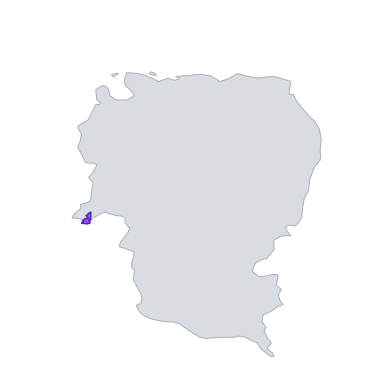 location of Bavet, Svay Rieng, Cambodia, rotated 108°
{"feature_id": "14789045B60097519425510", "entity_name": "Bavet", "entity_type": "district", "adm_level": 2, "iso_a3": "KHM", "parent_name": "Cambodia", "parent_adm1": "Svay Rieng", "projection": "natural_earth1", "projection_center": [106.09, 11.037], "detail": "fine", "context": "in_parent", "style": "filled", "palette": "violet", "viewbox_px": 384, "rotation_deg": 108, "n_neighbors": 0, "source": "geoboundaries", "source_scale": "gbopen_adm2", "svg_char_len": 4898}
<svg xmlns="http://www.w3.org/2000/svg" viewBox="0 0 384 384"><g transform="rotate(108 192 192)"><path d="M323.2,63.1L324.0,66.4L321.9,72.6L319.6,78.3L315.3,83.3L315.1,86.9L313.6,97.8L314.2,101.3L315.2,104.3L316.6,105.8L320.4,116.5L323.8,126.2L327.2,134.2L327.8,139.2L324.7,152.0L321.1,163.7L321.4,169.5L323.0,175.4L324.6,183.2L325.3,193.1L324.4,199.6L322.8,203.7L319.7,207.8L317.0,209.9L313.7,206.4L311.1,206.3L307.6,207.3L304.9,208.9L299.3,215.0L293.2,220.9L284.6,222.4L281.3,226.8L277.7,227.4L271.0,227.6L266.6,228.7L266.8,230.9L266.4,241.3L266.5,243.7L265.8,244.4L262.8,244.7L257.6,243.1L250.6,240.5L245.6,240.1L243.0,244.6L241.5,246.4L239.6,246.7L237.6,247.5L237.0,249.5L236.8,252.0L237.8,256.4L238.1,263.2L237.9,267.9L239.7,270.9L250.4,280.9L253.6,283.4L253.9,284.9L252.0,290.3L253.7,297.9L250.4,297.8L244.8,294.5L242.1,292.5L238.8,294.1L237.7,293.8L235.5,290.0L232.7,286.2L229.7,286.0L223.5,287.5L217.1,288.5L214.7,288.5L213.7,289.2L210.0,294.9L208.4,293.9L202.0,291.8L196.1,290.9L194.9,292.4L195.6,297.0L196.9,301.6L196.1,303.5L192.9,305.9L188.6,310.2L186.0,313.5L184.2,314.4L177.7,314.2L171.3,314.7L168.7,317.8L166.2,320.3L164.1,320.9L155.7,313.1L138.9,310.4L137.1,307.0L135.5,306.3L134.0,310.8L124.8,315.1L120.9,312.5L118.1,309.3L118.5,305.5L121.2,302.3L125.8,300.1L127.9,292.2L124.4,282.1L121.4,279.1L118.2,276.8L114.8,280.6L111.9,287.0L108.9,290.3L104.7,291.0L98.6,290.8L96.2,281.2L95.4,272.9L96.3,263.5L97.3,257.9L91.4,250.3L91.1,242.9L88.2,239.2L87.4,241.1L87.4,243.2L86.6,241.7L77.4,220.2L75.8,210.2L77.5,202.5L78.4,200.0L75.7,195.9L72.0,191.3L65.3,185.3L64.9,175.8L63.4,164.6L61.4,160.8L58.4,153.9L56.7,148.2L56.2,133.1L57.1,131.8L61.8,131.4L67.9,130.3L68.9,127.9L67.8,125.9L71.7,122.4L77.3,114.9L81.7,107.1L84.8,102.1L86.7,97.2L92.9,90.3L101.6,85.4L107.4,84.3L113.5,82.7L119.4,80.3L122.2,80.1L129.4,82.9L133.3,83.7L137.5,83.6L141.7,83.9L145.5,83.6L154.4,81.7L163.8,83.2L172.2,82.0L182.6,79.7L187.8,81.2L192.4,83.4L193.1,88.0L194.1,90.1L195.7,91.8L197.8,91.8L200.4,88.5L202.7,85.2L203.4,84.6L203.5,86.3L204.6,89.8L206.6,93.4L208.6,95.7L211.9,98.8L214.1,99.0L221.2,96.0L231.9,100.3L233.2,102.5L236.6,106.8L240.4,110.0L248.7,110.2L251.7,102.5L250.2,97.8L245.5,89.6L244.2,84.8L245.7,84.0L253.8,83.1L255.1,82.1L256.9,76.8L259.0,77.4L263.5,78.1L268.2,74.5L271.0,70.7L272.5,72.4L274.2,75.1L276.0,76.6L279.4,78.9L283.2,82.1L285.5,85.3L287.4,86.5L292.1,85.6L293.4,85.8L296.2,81.9L298.1,79.8L299.8,80.4L302.2,80.4L307.2,75.5L310.0,71.0L311.6,69.8L316.1,72.1L317.9,71.6L320.4,65.5L323.2,63.1ZM93.1,268.5L92.2,269.1L91.3,269.0L90.4,268.2L90.5,264.7L91.2,262.6L92.7,262.2L93.1,268.5ZM107.0,302.5L105.2,304.8L102.2,300.0L102.2,298.7L107.0,302.5Z" fill="#d9dde1" stroke="#a8b0b8" stroke-width="1"/><path d="M253.2,286.6L253.3,286.7L253.3,286.8L253.5,286.9L253.8,286.9L254.0,286.9L254.2,287.0L254.3,287.0L254.5,287.1L254.8,287.2L255.0,287.3L255.3,287.3L255.4,287.2L255.5,287.2L255.8,287.1L255.9,286.9L255.8,286.7L255.7,286.6L255.7,286.4L255.5,286.2L255.4,286.0L255.4,285.9L255.3,285.7L255.2,285.5L255.3,285.4L255.2,285.2L255.2,284.9L255.1,284.7L255.1,284.4L255.1,284.2L255.1,283.9L255.0,283.7L255.0,283.4L255.0,283.1L255.0,282.9L255.0,282.7L254.9,282.5L254.9,282.4L254.7,282.2L254.6,281.9L254.5,281.7L254.4,281.6L254.3,281.3L254.2,281.2L254.1,280.9L253.9,280.7L253.8,280.4L253.7,280.3L253.6,280.1L253.4,279.8L253.3,279.7L253.2,279.5L252.8,279.5L252.7,279.5L252.4,279.8L252.2,279.9L252.0,280.1L251.9,280.1L251.7,280.2L251.5,280.3L251.4,280.4L251.4,280.5L251.2,280.7L251.1,280.8L251.0,281.1L250.9,281.2L250.9,281.3L250.7,281.3L250.6,281.2L250.4,281.1L250.3,280.9L250.4,280.5L250.4,280.4L250.2,280.2L250.0,279.9L249.9,279.6L249.7,279.5L249.6,279.8L249.5,280.0L249.3,280.0L249.1,280.1L248.9,280.1L248.7,280.2L248.4,280.4L248.2,280.7L247.6,280.7L247.4,280.7L247.2,280.7L246.9,280.6L246.7,280.7L246.3,280.8L245.9,280.9L245.6,281.0L245.4,281.1L245.2,281.2L244.9,281.3L244.7,281.3L244.4,281.4L244.2,281.5L243.8,281.6L243.6,281.6L243.4,281.7L243.1,281.7L242.9,281.8L242.6,281.9L242.6,282.0L242.8,282.3L243.0,282.3L243.3,282.4L243.2,282.5L243.3,282.6L243.3,282.8L243.4,283.0L243.5,283.0L243.6,283.3L243.8,283.4L244.0,283.4L244.0,283.5L244.3,283.7L244.4,283.8L244.5,283.8L244.8,283.9L244.9,284.0L245.0,284.0L245.3,284.1L245.5,284.1L245.8,284.1L246.0,284.2L246.1,284.3L246.3,284.4L246.4,284.5L246.5,284.6L246.5,284.8L246.7,285.0L246.8,285.1L246.8,285.3L247.0,285.4L247.3,285.2L247.5,284.9L247.7,284.6L247.9,284.4L248.1,284.2L248.2,283.9L248.3,283.7L248.4,283.4L248.4,283.2L249.3,282.7L249.3,282.8L249.3,283.0L249.4,283.3L249.5,283.6L249.6,283.8L249.6,284.0L249.8,284.3L249.9,284.5L250.0,284.6L250.2,284.8L250.3,285.0L250.5,285.2L250.5,285.3L250.5,285.5L250.8,285.8L251.0,286.0L251.3,286.0L251.5,286.1L251.6,286.3L251.8,286.4L251.9,286.5L252.0,286.4L252.1,286.2L252.3,286.2L252.5,286.2L252.6,286.3L252.8,286.2L253.0,286.3L253.2,286.5L253.2,286.6Z" fill="#8b5cf6" stroke="#5b21b6" stroke-width="1.5"/></g></svg>